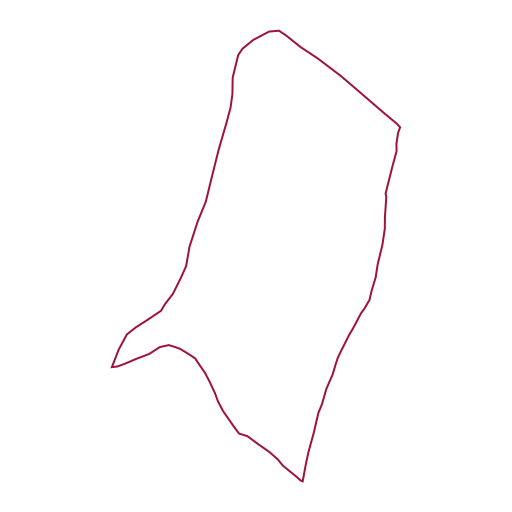 outline of Forpoh, Grand Kru, Liberia
{"feature_id": "62588387B83711466952292", "entity_name": "Forpoh", "entity_type": "district", "adm_level": 2, "iso_a3": "LBR", "parent_name": "Liberia", "parent_adm1": "Grand Kru", "projection": "equal_earth", "projection_center": [-8.241, 5.11], "detail": "fine", "context": "isolated", "style": "outline", "palette": "rose", "viewbox_px": 512, "rotation_deg": 0, "n_neighbors": 0, "source": "geoboundaries", "source_scale": "gbopen_adm2", "svg_char_len": 1231}
<svg xmlns="http://www.w3.org/2000/svg" viewBox="0 0 512 512"><path d="M111.9,367.1L117.3,366.5L124.2,364.0L135.9,359.0L149.1,354.0L159.8,347.1L168.8,345.1L173.7,346.6L179.8,348.7L188.9,354.2L195.2,358.5L199.8,365.4L205.0,372.9L210.5,383.4L211.2,385.1L214.9,393.0L217.9,401.2L223.0,411.0L232.8,425.1L239.1,433.6L247.3,436.1L257.8,443.9L269.5,452.1L277.8,459.4L282.7,465.5L296.4,476.7L300.5,480.4L302.7,481.3L305.8,464.4L308.4,452.3L313.8,432.7L318.4,412.8L321.9,404.4L326.3,389.1L330.1,380.2L332.3,375.4L336.0,363.3L337.7,358.1L340.7,351.7L349.2,334.8L352.8,328.8L361.1,313.1L364.5,308.5L369.5,299.9L371.7,290.5L375.7,277.3L377.6,264.7L380.5,252.6L382.4,244.9L384.8,228.9L384.9,217.7L385.7,205.8L386.3,197.2L385.6,193.5L392.2,167.3L396.6,150.9L396.4,144.0L398.1,132.8L400.1,127.3L396.9,123.8L383.8,112.9L376.5,106.6L375.0,105.3L353.4,86.7L340.6,75.8L317.8,58.5L300.6,47.1L286.5,35.8L279.0,30.7L269.0,31.6L253.1,40.0L242.4,48.8L238.2,55.1L232.7,77.5L232.4,94.4L230.5,107.8L226.2,123.8L218.7,149.5L212.7,173.5L205.8,201.7L197.7,221.5L189.6,246.4L186.1,266.2L180.8,278.0L172.8,294.0L171.5,295.7L165.0,304.1L161.0,310.8L149.1,318.8L135.9,327.3L126.9,334.4L118.7,349.6L111.9,367.1Z" fill="none" stroke="#9f1239" stroke-width="2"/></svg>